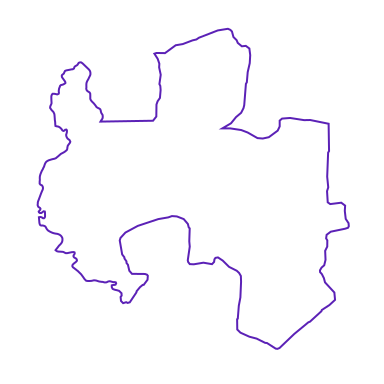 Agua Blanca, Jutiapa, Guatemala, rotated 177°
{"feature_id": "79465075B57715659618061", "entity_name": "Agua Blanca", "entity_type": "district", "adm_level": 2, "iso_a3": "GTM", "parent_name": "Guatemala", "parent_adm1": "Jutiapa", "projection": "orthographic", "projection_center": [-89.553, 14.461], "detail": "fine", "context": "isolated", "style": "outline", "palette": "violet", "viewbox_px": 384, "rotation_deg": 177, "n_neighbors": 0, "source": "geoboundaries", "source_scale": "gbopen_adm2", "svg_char_len": 5783}
<svg xmlns="http://www.w3.org/2000/svg" viewBox="0 0 384 384"><g transform="rotate(177 192 192)"><path d="M270.0,97.1L267.7,94.6L267.7,92.2L268.8,90.9L268.6,86.9L266.6,84.6L263.5,85.4L262.1,84.6L259.9,85.1L252.8,94.6L252.5,95.8L248.9,99.7L246.1,101.8L245.1,101.8L241.0,106.7L240.5,110.7L241.3,111.8L243.3,112.6L256.2,113.4L258.7,116.6L259.8,122.7L261.1,124.5L261.1,126.2L262.9,129.1L263.0,130.4L265.0,133.3L266.7,147.4L265.8,149.9L260.6,155.0L247.9,161.0L227.1,166.7L217.0,167.9L213.3,169.0L208.4,168.4L201.7,165.4L197.8,160.3L197.1,156.8L196.2,155.8L197.3,142.9L197.1,137.6L199.8,124.0L199.5,122.3L198.0,120.1L194.0,119.7L184.3,120.8L175.8,118.9L173.6,121.0L173.1,123.6L172.0,125.0L169.5,125.3L164.9,121.9L158.9,115.3L151.4,111.0L149.2,108.7L147.6,105.6L147.7,99.8L149.2,84.2L151.2,76.0L152.9,63.1L153.6,62.6L154.0,52.3L151.0,49.0L142.3,44.5L135.1,42.2L126.8,37.5L125.1,37.3L116.6,31.2L114.9,30.9L112.8,31.6L97.3,44.9L82.6,55.8L81.0,56.3L69.0,66.2L68.5,67.4L60.7,71.9L54.8,76.8L55.1,84.2L63.9,94.8L64.8,99.1L66.6,103.2L68.3,105.3L68.3,107.1L66.6,109.7L63.8,111.9L62.2,117.3L62.1,126.3L59.8,130.4L59.4,136.6L60.5,138.7L59.8,142.2L55.5,145.1L41.1,147.3L38.1,148.1L37.2,149.6L37.3,152.7L39.9,157.1L40.4,165.1L39.8,170.4L43.5,173.5L54.6,172.7L57.0,174.6L57.1,185.8L55.7,189.5L56.2,200.2L54.0,224.2L53.0,225.7L52.0,253.0L70.2,257.7L76.3,257.9L90.2,260.8L98.2,260.6L100.7,258.7L101.0,252.9L103.2,248.8L112.4,242.7L118.5,241.7L123.8,242.4L133.3,248.5L139.6,251.3L150.4,253.5L158.4,253.9L149.4,258.6L144.1,264.5L138.8,268.5L136.2,273.0L135.3,276.0L132.5,297.2L131.5,298.7L130.1,308.8L127.6,317.6L126.7,325.6L127.2,332.3L130.6,335.1L134.6,334.9L138.5,338.5L139.5,341.3L142.5,344.6L143.7,350.2L145.2,351.9L147.6,353.1L157.8,352.0L177.0,345.7L179.6,344.1L183.5,343.4L193.5,340.2L200.6,339.4L211.7,332.1L220.2,332.7L222.3,332.1L219.3,326.8L217.9,321.8L218.3,318.2L217.1,310.7L218.9,301.5L218.1,299.6L218.0,295.5L219.1,287.6L221.6,284.4L222.9,281.2L223.7,269.2L227.2,265.2L279.7,267.1L279.0,268.2L278.3,269.0L277.5,270.2L277.2,271.6L277.2,272.8L277.3,273.7L278.0,274.9L278.4,275.6L278.8,277.1L278.9,278.2L279.3,279.4L280.1,280.1L281.6,280.9L282.9,281.8L283.4,282.7L284.1,283.8L285.4,285.6L287.3,287.7L288.2,289.0L288.7,290.3L288.5,294.1L288.5,295.6L289.0,296.7L290.2,297.6L291.0,298.1L291.8,299.1L292.1,300.0L292.2,300.9L292.0,301.8L291.9,304.6L291.7,306.2L291.3,307.3L290.7,308.5L289.7,310.0L288.2,312.8L287.7,313.6L287.3,314.7L287.2,316.2L287.3,317.1L287.5,318.0L287.9,318.8L288.5,319.7L294.4,326.0L295.2,326.7L296.1,327.3L297.1,327.3L298.4,326.9L299.3,325.6L299.8,324.9L300.8,324.3L301.5,324.0L302.5,323.4L303.0,322.7L303.4,321.5L304.7,320.8L305.6,320.8L311.2,320.0L312.4,319.6L313.1,318.5L313.8,317.0L314.6,316.4L315.6,315.7L316.0,314.8L315.8,313.4L313.0,309.0L312.7,308.1L312.8,307.3L314.0,306.6L314.8,306.2L316.3,305.8L317.2,305.7L318.1,305.0L318.6,303.8L319.3,302.3L319.7,300.5L319.8,299.4L319.7,297.9L320.1,297.0L321.5,296.5L322.8,296.9L324.0,297.2L324.8,297.3L325.9,297.4L326.7,296.8L327.3,295.5L327.5,294.5L327.6,291.6L327.6,290.2L327.6,289.2L327.6,288.1L327.9,287.2L328.3,286.4L328.8,285.5L329.1,284.7L329.3,283.4L327.9,281.1L326.3,279.3L325.5,277.5L325.3,276.3L325.2,272.4L325.2,271.1L325.0,269.1L325.0,268.3L325.0,267.5L325.0,266.6L324.9,265.1L323.8,264.7L322.8,264.5L321.8,264.2L320.6,263.4L319.7,262.5L319.0,261.7L318.3,260.4L317.3,259.7L316.2,260.0L315.4,260.8L314.2,260.9L313.7,260.2L313.7,259.1L313.9,257.9L314.3,256.8L314.7,255.7L314.6,254.4L314.2,253.2L313.5,251.9L312.7,251.2L311.6,250.3L310.9,248.7L311.2,247.7L313.6,244.8L314.1,243.1L314.3,241.6L314.8,240.5L315.8,239.7L317.2,238.7L318.8,237.9L319.9,237.4L321.0,236.9L321.6,236.4L322.5,235.7L324.0,234.5L325.0,233.8L326.0,233.0L326.7,232.7L327.7,232.4L329.0,232.2L330.5,231.9L333.3,231.2L334.7,230.6L335.7,230.0L336.5,229.2L337.3,227.9L337.7,227.0L338.1,226.0L338.4,225.1L339.1,224.0L339.9,222.4L340.4,221.7L340.9,220.9L342.2,218.2L342.6,217.2L343.1,215.6L343.3,213.9L343.3,212.2L343.6,210.3L343.7,208.3L342.9,207.2L342.1,206.8L341.4,206.4L340.8,205.2L340.6,203.9L340.7,203.1L341.0,202.1L341.5,201.2L342.7,198.7L345.2,192.9L346.1,190.9L346.5,189.8L346.6,188.5L346.8,187.5L346.8,186.7L346.3,185.3L345.3,184.5L344.6,184.0L344.2,183.2L344.5,182.2L345.0,181.7L346.1,180.5L345.9,179.7L345.0,179.0L343.7,178.9L342.9,179.3L342.3,179.8L341.2,180.5L340.0,180.2L339.9,179.2L340.0,175.8L340.1,174.9L340.6,174.0L341.3,173.5L342.4,173.7L343.4,174.6L344.8,175.0L346.2,174.8L346.0,169.1L345.8,168.0L345.3,166.9L344.4,166.4L343.2,166.4L342.2,166.2L340.9,165.7L340.1,165.0L339.3,163.3L338.9,162.5L337.9,161.2L336.8,160.4L335.7,159.7L334.4,159.0L333.1,158.4L332.3,158.1L330.5,157.6L328.9,157.3L328.2,157.1L326.5,156.3L325.2,155.2L324.7,154.5L324.0,153.2L323.8,151.9L323.9,151.1L324.0,150.1L324.4,148.9L325.1,147.8L326.2,146.6L327.6,145.4L329.1,143.6L331.3,141.1L330.5,140.3L329.7,139.8L328.5,139.5L327.6,139.4L326.5,139.3L325.0,139.1L324.1,139.0L323.3,138.7L322.2,138.0L321.1,137.5L319.6,137.5L315.2,138.2L313.3,138.2L312.5,137.9L312.3,137.1L312.7,136.0L313.6,134.9L313.7,133.7L313.1,132.8L312.2,132.2L311.1,131.5L310.6,130.6L310.5,129.4L311.3,128.5L312.2,127.8L313.4,127.0L314.6,126.0L315.1,125.4L315.4,124.3L314.9,123.1L313.9,122.3L312.5,121.1L311.8,120.5L311.1,119.8L310.4,119.3L307.0,115.6L305.1,112.7L303.9,110.7L303.2,109.9L302.3,108.9L300.8,108.6L299.1,108.5L298.2,108.5L297.3,108.5L295.9,108.7L295.0,108.9L294.1,108.9L293.3,108.8L292.0,108.5L291.3,108.2L290.5,107.9L289.4,107.5L286.9,107.0L285.9,106.9L284.1,106.3L282.7,106.2L281.8,106.4L280.7,106.9L279.9,107.1L278.7,107.2L277.7,106.9L276.9,106.6L275.3,106.1L274.4,106.1L272.9,105.8L272.5,104.8L273.2,103.5L274.0,103.3L275.5,103.3L277.0,103.0L277.1,101.7L277.0,100.9L276.3,99.4L275.1,98.8L273.8,98.3L272.3,97.9L270.0,97.1Z" fill="none" stroke="#5b21b6" stroke-width="2"/></g></svg>